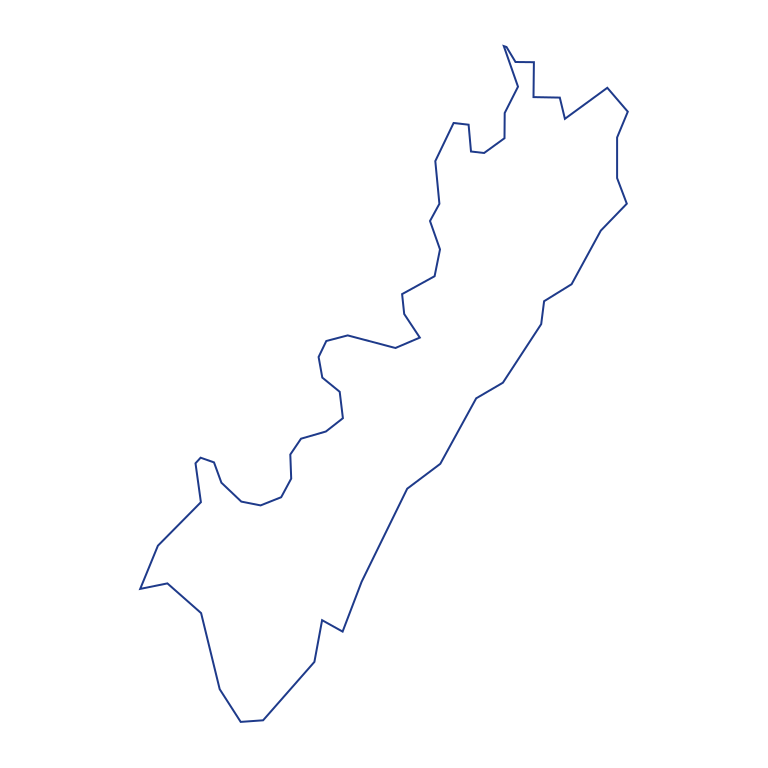 Meigs, Tennessee, United States of America (Mercator projection)
{"feature_id": "52423323B39245718526350", "entity_name": "Meigs", "entity_type": "district", "adm_level": 2, "iso_a3": "USA", "parent_name": "United States of America", "parent_adm1": "Tennessee", "projection": "mercator", "projection_center": [-84.811, 35.52], "detail": "fine", "context": "isolated", "style": "outline", "palette": "blue", "viewbox_px": 768, "rotation_deg": 0, "n_neighbors": 0, "source": "geoboundaries", "source_scale": "gbopen_adm2", "svg_char_len": 911}
<svg xmlns="http://www.w3.org/2000/svg" viewBox="0 0 768 768"><path d="M626.8,203.7L617.1,178.1L617.1,137.5L627.8,111.7L607.3,87.8L564.9,118.8L559.8,97.6L533.5,97.1L533.9,62.2L515.5,62.0L506.5,47.0L503.8,46.1L518.0,86.7L504.7,113.0L504.5,138.2L484.1,153.0L471.0,151.5L468.6,124.7L453.6,123.0L435.3,161.1L439.4,203.8L430.0,221.0L440.0,249.4L434.6,276.2L402.1,294.1L404.2,314.0L419.8,337.6L395.4,348.0L347.7,335.4L326.3,341.0L318.6,357.0L322.3,377.6L339.7,391.8L342.9,418.2L325.9,431.5L301.0,438.7L290.3,454.5L291.2,478.6L281.2,497.2L260.6,505.4L241.3,501.6L221.4,482.7L214.0,462.4L200.6,457.7L195.5,463.3L200.9,502.2L157.9,545.7L140.2,588.9L167.4,583.4L201.1,613.1L219.7,689.2L240.7,721.9L263.1,720.3L314.4,661.9L322.1,620.2L342.6,631.6L361.6,581.8L407.2,488.7L440.3,463.8L476.2,398.3L502.9,382.7L541.2,324.1L544.1,301.2L571.6,284.2L600.8,230.6L626.8,203.7Z" fill="none" stroke="#1e3a8a" stroke-width="2"/></svg>